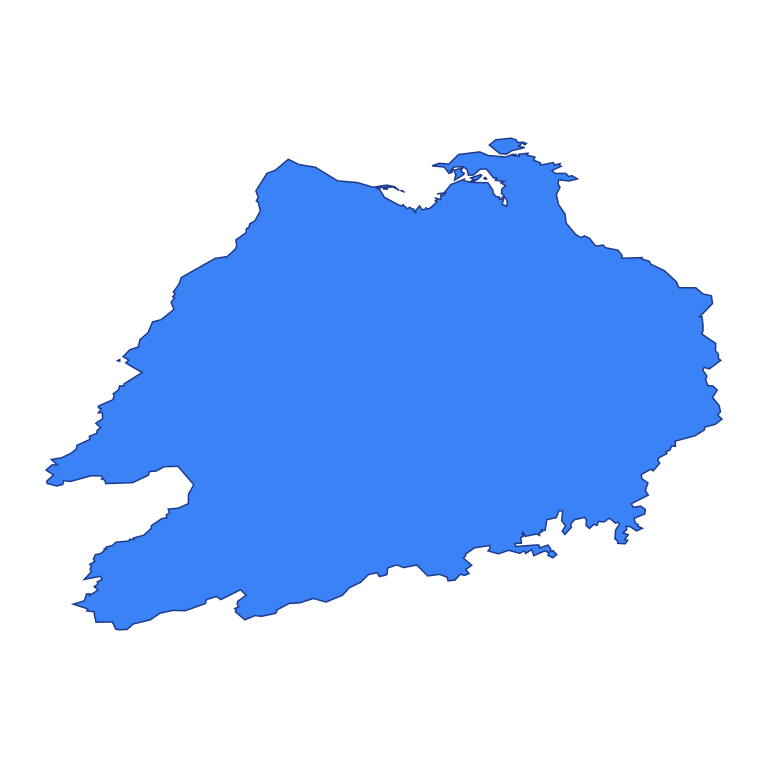 Ennistimon Lea-4, Clare, Ireland
{"feature_id": "5873133B68826952408481", "entity_name": "Ennistimon Lea-4", "entity_type": "district", "adm_level": 2, "iso_a3": "IRL", "parent_name": "Ireland", "parent_adm1": "Clare", "projection": "natural_earth1", "projection_center": [-9.187, 53.0], "detail": "fine", "context": "isolated", "style": "filled", "palette": "blue", "viewbox_px": 768, "rotation_deg": 0, "n_neighbors": 0, "source": "geoboundaries", "source_scale": "gbopen_adm2", "svg_char_len": 6068}
<svg xmlns="http://www.w3.org/2000/svg" viewBox="0 0 768 768"><path d="M577.4,178.9L572.4,175.8L568.5,176.4L565.8,173.4L555.0,173.4L551.8,170.6L561.1,166.3L559.3,165.3L560.1,163.7L554.3,164.9L553.4,162.6L540.6,165.1L540.4,162.9L533.6,160.1L534.9,157.1L527.0,155.2L528.0,153.2L518.5,154.3L519.1,156.2L512.6,155.6L512.6,154.4L505.7,157.0L488.3,155.5L479.8,151.9L458.5,154.5L448.8,164.1L439.2,163.3L432.0,165.9L444.2,167.0L449.1,173.5L452.0,172.2L450.6,170.8L452.3,171.1L452.9,169.3L451.6,169.0L454.5,166.9L463.4,166.7L467.2,169.9L468.4,175.2L473.5,175.0L480.1,169.2L486.4,169.0L493.5,177.9L496.7,177.9L495.3,180.3L503.9,181.3L500.8,182.7L505.5,185.7L501.7,189.3L501.5,193.6L504.3,196.0L502.0,197.7L505.6,198.0L507.4,201.9L506.6,206.3L502.2,204.2L503.5,199.5L499.3,199.2L499.6,197.2L495.7,196.3L493.0,193.0L492.9,190.2L487.9,182.8L471.8,182.4L477.8,179.2L481.7,175.6L480.9,174.6L470.7,177.9L473.7,179.8L469.7,182.0L463.5,180.6L464.2,179.2L450.8,184.6L444.2,192.9L437.1,193.9L445.4,193.2L442.9,195.7L441.0,194.7L440.7,199.5L435.7,198.2L436.9,199.9L435.3,200.9L436.8,202.1L429.9,208.3L426.7,208.9L425.6,207.1L426.7,208.9L422.3,209.8L419.5,205.9L415.3,211.1L415.8,213.2L413.2,209.7L414.5,208.6L413.0,209.6L409.8,207.3L407.2,208.7L402.9,204.7L401.9,206.1L398.3,204.8L384.4,197.3L379.7,189.4L375.6,187.9L393.3,187.0L399.2,190.5L394.6,186.7L387.0,185.1L373.2,187.2L357.0,182.5L337.7,180.9L315.3,167.2L299.1,164.6L288.3,159.3L275.4,170.2L266.9,173.4L255.9,190.9L258.3,197.3L256.3,201.0L258.3,202.3L260.3,211.0L254.9,220.9L249.8,223.8L249.0,227.3L246.4,228.7L246.0,232.8L235.8,240.0L236.8,246.0L235.0,249.5L227.1,256.6L215.1,258.4L181.3,277.5L179.0,284.2L173.3,292.1L175.2,294.0L172.7,296.8L174.5,298.2L171.1,302.1L173.9,309.4L161.1,319.7L152.6,321.9L148.0,332.7L139.9,339.7L138.3,347.0L129.9,349.7L123.1,356.7L128.9,360.1L125.8,362.8L126.8,363.6L142.1,372.5L124.0,383.9L124.2,386.0L119.6,385.9L118.6,389.8L113.2,393.8L114.2,395.8L112.8,399.8L98.8,405.8L98.3,407.6L101.1,408.8L98.4,412.9L102.3,412.5L102.6,418.7L95.8,423.3L100.6,427.7L97.3,430.1L96.6,433.4L89.4,436.3L89.7,439.5L77.0,445.3L76.2,449.1L71.0,453.3L61.5,457.8L51.4,459.5L57.2,464.8L52.0,464.9L46.1,470.1L53.5,475.0L46.7,481.2L47.2,483.5L56.8,486.0L62.7,484.5L63.8,480.5L70.3,481.5L91.0,475.8L101.3,475.9L102.8,478.3L101.6,478.9L104.7,480.1L105.8,483.6L132.5,482.7L148.5,475.2L149.4,471.6L156.3,471.0L164.2,466.7L177.9,466.3L193.8,484.7L188.5,494.2L188.3,503.7L178.2,508.2L168.2,509.1L169.5,512.8L166.2,515.0L166.8,517.8L161.8,518.6L151.5,525.5L151.1,528.5L143.7,535.2L133.2,538.1L134.0,539.7L129.6,539.3L129.0,541.0L115.9,542.2L112.5,545.5L106.1,547.1L106.6,549.0L104.3,548.6L104.2,550.7L100.5,553.6L95.3,554.7L93.4,559.0L94.9,561.3L89.7,564.4L91.4,565.7L90.2,569.2L91.4,571.8L84.3,579.4L100.4,576.3L102.1,579.4L96.6,582.2L97.9,581.9L97.4,584.6L94.1,586.6L98.1,589.9L89.6,595.6L89.7,593.8L86.5,594.0L84.4,600.8L73.2,604.2L86.1,608.3L87.9,609.6L86.9,610.9L93.9,611.7L96.0,622.2L112.4,622.0L115.7,629.2L120.2,629.8L127.2,629.4L133.2,624.0L150.4,619.8L159.9,613.2L172.7,610.4L185.5,610.7L205.4,603.5L206.5,599.6L216.4,596.5L220.9,599.6L240.5,589.7L246.1,595.2L237.9,601.2L237.1,603.6L238.5,606.9L234.8,608.5L236.4,610.6L235.4,611.8L244.9,619.8L255.0,615.6L261.7,616.3L275.7,613.3L277.4,609.7L289.2,603.4L299.5,602.9L313.4,598.5L326.1,602.0L342.4,595.3L349.4,587.7L360.9,582.1L368.5,574.5L377.3,572.7L379.5,576.6L385.6,575.1L387.0,574.4L387.7,567.9L396.9,564.9L403.6,567.6L416.7,565.0L427.7,575.9L439.7,574.4L447.1,577.2L448.0,580.9L455.0,580.1L460.4,574.2L464.5,575.4L469.0,573.6L465.8,569.5L471.7,565.3L463.3,558.0L465.7,555.9L465.2,554.3L474.7,547.8L489.7,545.5L490.0,548.4L488.0,550.9L498.4,553.8L508.6,550.3L519.7,553.3L524.1,550.8L525.7,553.4L531.7,549.5L533.8,555.7L544.7,550.9L548.9,552.7L547.9,555.4L552.8,557.8L556.7,554.6L553.1,550.7L550.2,551.1L550.8,549.1L548.0,545.0L539.6,548.0L539.1,545.2L537.4,544.9L515.8,546.5L514.9,543.5L521.4,543.2L520.8,537.6L523.6,536.1L522.1,533.3L523.1,532.1L525.3,536.3L536.8,534.0L539.6,535.4L539.6,532.5L542.4,531.6L541.3,529.9L545.1,530.4L546.9,519.6L556.2,517.7L559.2,510.5L562.7,511.3L561.6,520.6L565.6,525.9L562.2,531.1L564.8,534.5L571.5,527.2L570.6,524.2L574.6,519.7L584.6,517.4L586.4,520.0L586.1,525.6L589.5,528.5L594.0,524.2L597.0,525.5L598.4,521.5L604.2,521.9L609.4,518.1L615.4,523.2L618.0,522.2L619.5,524.1L615.6,530.1L614.9,538.9L617.5,540.7L617.7,543.3L625.1,543.8L627.7,540.4L624.7,539.6L628.3,534.7L623.0,533.0L626.8,529.7L626.1,526.3L630.6,526.8L636.4,530.9L642.4,528.3L637.5,526.0L638.2,524.7L635.2,522.8L634.2,518.3L644.8,513.9L645.3,509.4L640.7,506.1L633.2,507.3L631.3,503.7L648.3,495.1L645.3,490.7L647.9,483.0L641.8,478.6L641.3,474.5L650.9,469.2L653.2,470.9L659.7,463.2L657.8,460.3L658.7,457.8L666.9,453.6L665.9,451.7L670.2,449.9L671.4,446.0L675.5,446.3L675.2,441.1L695.1,435.7L704.4,429.9L704.8,427.1L715.2,424.3L721.9,419.2L717.7,414.8L720.5,411.8L719.2,405.6L712.5,397.5L717.2,390.0L712.7,385.9L707.9,385.6L705.5,379.4L706.9,376.1L702.9,370.3L704.0,367.3L709.3,368.9L720.8,360.4L718.5,358.6L718.3,354.1L715.5,350.8L715.7,343.4L701.5,333.8L703.0,331.3L703.0,325.0L702.0,316.8L699.8,316.6L712.5,303.5L711.4,295.8L703.1,294.0L695.8,287.8L678.9,287.7L676.3,281.7L664.4,270.7L650.7,264.1L649.3,261.3L641.5,258.9L642.2,257.6L621.9,258.2L622.1,255.5L618.0,250.2L605.7,247.8L603.3,245.1L595.7,246.1L589.6,238.4L584.5,235.9L580.9,237.6L575.5,234.3L566.1,223.0L565.1,214.1L558.6,204.7L556.3,194.4L560.0,187.3L558.1,183.8L558.6,179.8L569.1,181.0L577.4,178.9ZM526.3,143.5L523.1,142.2L517.9,142.6L516.1,139.9L511.1,138.2L495.7,139.8L489.3,145.1L499.9,153.6L506.3,154.2L511.7,150.8L524.7,147.6L518.6,146.2L522.7,142.8L524.7,144.8L526.3,143.5ZM464.4,173.3L460.8,171.3L462.8,167.9L453.9,170.2L455.8,174.8L454.6,180.1L462.8,175.2L464.4,173.3ZM385.8,188.3L383.1,189.1L388.0,189.0L385.8,188.3ZM119.8,359.5L117.6,360.7L119.7,361.3L119.8,359.5ZM483.9,178.4L486.0,179.3L486.6,178.9L485.3,177.4L483.9,178.4ZM516.7,154.8L514.5,154.4L513.6,154.7L514.9,155.3L516.7,154.8ZM404.6,192.3L401.7,190.4L401.1,190.7L404.6,192.3Z" fill="#3b82f6" stroke="#1e3a8a" stroke-width="1.5"/></svg>